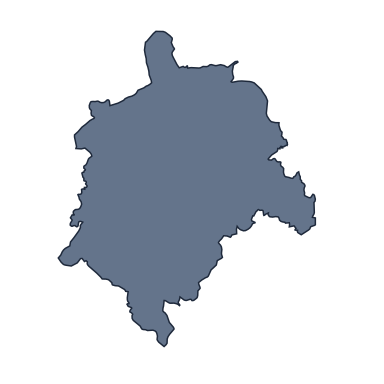 the district of Ha Hoa, Phú Thọ, Vietnam, rotated 96°
{"feature_id": "81297802B43584820413656", "entity_name": "Ha Hoa", "entity_type": "district", "adm_level": 2, "iso_a3": "VNM", "parent_name": "Vietnam", "parent_adm1": "Phú Thọ", "projection": "orthographic", "projection_center": [105.009, 21.586], "detail": "fine", "context": "isolated", "style": "filled", "palette": "slate", "viewbox_px": 384, "rotation_deg": 96, "n_neighbors": 0, "source": "geoboundaries", "source_scale": "gbopen_adm2", "svg_char_len": 6033}
<svg xmlns="http://www.w3.org/2000/svg" viewBox="0 0 384 384"><g transform="rotate(96 192 192)"><path d="M271.6,318.1L275.5,314.8L277.4,312.4L277.8,311.2L278.0,309.5L278.2,304.3L274.5,298.7L270.2,296.1L269.8,295.6L269.6,294.3L272.4,291.7L271.4,290.2L272.3,288.8L274.4,288.7L275.4,288.1L276.7,286.7L282.5,278.4L286.1,273.9L287.9,272.2L287.6,268.7L287.9,265.9L290.6,262.2L291.7,262.0L292.7,261.4L293.2,258.6L293.1,255.4L293.3,254.8L296.0,248.9L297.1,247.9L297.7,247.6L297.8,245.1L303.9,245.3L306.1,245.0L307.3,244.5L308.9,243.1L309.6,243.0L309.8,244.2L310.4,244.9L312.4,243.5L313.3,240.1L313.8,239.8L316.2,241.2L317.7,241.3L318.5,239.5L319.7,238.2L321.3,238.7L324.0,238.3L325.8,237.0L330.8,229.5L333.0,228.0L333.7,227.2L333.9,225.9L333.8,223.9L334.4,221.7L333.5,216.4L334.0,214.4L334.8,213.1L336.3,212.2L338.9,211.3L342.3,211.3L343.1,210.9L344.8,209.4L348.6,203.6L346.7,201.9L345.0,201.0L340.8,201.3L338.3,200.7L335.7,199.3L330.3,195.6L329.5,195.7L328.3,196.5L324.1,200.9L317.4,204.0L315.1,206.1L314.3,207.5L313.4,208.5L312.6,208.7L310.2,208.7L308.5,208.4L302.8,208.4L302.8,207.2L304.5,203.6L304.9,202.3L304.4,198.3L304.7,196.0L305.2,194.2L306.3,192.6L305.8,192.3L305.4,192.5L304.0,193.9L303.4,194.1L302.7,194.1L300.3,193.2L297.6,193.0L300.2,188.6L300.5,187.2L300.4,186.1L298.9,182.7L298.9,181.7L300.0,180.7L299.9,179.7L299.4,178.7L297.0,176.2L296.0,175.7L294.2,175.5L289.7,175.8L287.2,174.0L286.7,173.9L285.5,174.3L283.0,175.6L281.4,176.0L278.5,173.1L275.9,169.7L274.9,167.8L273.9,167.0L267.5,164.9L262.1,160.2L257.6,159.7L254.8,155.7L253.8,154.9L250.9,156.1L249.6,156.3L246.1,156.3L243.6,157.0L242.0,158.0L240.0,160.2L239.3,160.4L237.7,159.5L235.5,157.7L232.2,155.9L232.1,152.5L233.0,149.2L232.3,148.5L230.8,148.0L230.3,147.2L228.9,143.2L224.3,143.9L221.4,143.5L223.2,141.8L224.4,140.0L225.2,136.8L224.8,134.8L223.2,132.4L221.5,130.6L219.4,129.3L217.2,128.5L216.0,126.1L215.6,126.2L214.4,129.6L213.0,130.0L209.4,129.1L209.4,128.1L204.7,126.2L204.0,125.4L202.8,124.6L202.5,124.0L203.2,122.6L202.8,120.8L202.9,119.8L203.4,119.3L207.2,118.4L207.8,118.1L207.6,117.6L206.1,116.0L204.9,113.9L206.0,114.1L206.6,113.9L208.3,112.5L208.5,111.8L208.5,109.2L207.7,106.2L207.7,103.8L208.9,102.7L210.8,102.0L211.9,100.5L212.3,98.7L212.4,96.4L213.2,95.8L212.4,92.0L213.9,91.6L216.5,91.6L215.0,87.0L217.3,84.8L218.7,85.6L219.1,85.5L219.1,83.0L220.3,83.1L221.3,82.5L223.1,78.9L217.7,72.2L216.4,71.0L214.5,70.5L214.0,70.1L212.3,66.5L211.7,65.9L204.9,66.6L204.6,69.6L203.1,69.3L201.1,68.4L199.6,68.2L189.6,69.6L188.3,68.7L186.2,68.6L182.6,69.9L181.8,70.7L181.7,71.6L185.0,73.3L185.4,74.1L185.3,75.5L183.9,79.4L183.1,79.9L181.1,79.9L178.3,80.9L176.0,80.8L174.7,80.3L173.5,80.4L172.0,81.6L170.9,84.0L169.4,84.2L168.1,85.6L165.3,86.0L164.0,86.9L160.8,88.0L161.9,89.5L164.8,90.6L165.7,91.4L166.3,92.4L167.1,92.6L167.9,93.3L167.9,95.0L167.4,96.9L167.0,100.7L166.5,101.4L164.6,102.5L162.7,103.1L159.1,103.3L157.9,104.4L157.1,105.9L156.0,106.7L154.6,106.9L153.7,106.6L153.0,106.9L152.8,107.7L153.1,109.0L152.9,110.5L152.3,111.3L150.4,112.8L150.1,113.7L150.4,114.6L152.0,116.3L152.0,119.0L151.6,119.6L151.0,119.6L146.9,116.7L142.8,111.7L141.3,111.2L139.8,111.3L139.9,109.2L138.9,109.4L138.7,107.0L137.4,108.3L137.3,107.9L137.7,105.8L137.4,105.3L136.8,105.0L136.6,104.2L135.7,103.2L135.8,102.3L134.5,102.0L133.5,102.5L132.8,102.4L132.0,103.1L130.9,103.4L130.0,104.0L129.9,106.4L128.7,107.0L126.9,108.9L125.6,108.7L123.1,108.7L121.7,110.3L119.6,111.3L116.4,112.6L114.0,112.7L114.3,116.4L113.8,120.5L112.3,122.4L108.5,125.4L106.0,126.3L93.5,126.4L89.5,128.5L84.5,132.7L82.8,133.8L77.0,141.5L76.3,144.2L76.1,146.3L76.4,154.2L77.0,157.8L78.6,163.1L78.5,164.3L78.2,164.7L74.8,162.7L73.3,162.7L70.9,163.8L67.6,164.5L63.0,164.1L62.2,164.4L60.4,163.1L59.2,161.2L58.0,159.9L57.3,160.4L57.8,162.6L63.9,169.0L64.2,169.8L63.8,171.3L62.9,173.0L62.4,176.9L63.8,181.0L63.9,182.2L63.3,186.0L63.6,187.4L65.3,189.3L65.8,190.6L66.0,194.1L67.7,196.8L68.0,198.2L68.4,205.9L69.2,209.2L68.8,209.6L67.4,209.6L67.1,209.8L67.2,210.2L68.5,211.3L68.8,211.9L68.8,212.5L68.0,213.9L69.8,217.7L66.8,220.3L60.9,224.2L58.4,225.8L56.5,226.4L55.1,226.3L51.6,224.4L50.5,225.1L49.6,226.0L45.6,228.2L42.3,227.6L41.0,227.8L38.9,230.3L36.0,235.1L35.4,237.4L36.0,244.7L38.5,247.0L47.0,252.8L47.9,253.9L55.8,254.1L60.1,252.9L64.1,251.5L68.3,250.8L72.4,248.9L76.5,247.5L80.1,246.8L85.3,244.2L87.6,243.6L88.9,244.7L90.7,246.9L91.5,248.6L93.5,250.8L96.4,256.3L99.5,257.7L100.5,258.5L101.5,259.6L103.0,261.9L104.2,265.1L105.7,267.5L106.1,268.2L108.0,269.6L111.3,274.7L114.7,282.6L110.3,283.7L109.4,284.4L109.1,285.2L109.5,286.2L111.3,287.7L112.2,289.0L112.6,291.0L112.4,292.9L111.6,294.4L111.5,295.5L112.2,297.8L112.3,299.9L112.6,301.4L112.9,302.0L113.8,302.5L116.6,303.2L118.8,302.9L119.9,302.4L121.5,300.6L124.2,300.6L126.2,300.0L126.9,298.9L127.3,297.7L128.4,296.8L129.2,297.3L130.1,298.9L131.7,301.0L135.9,304.9L139.0,308.2L143.9,311.6L147.5,314.8L149.6,314.6L158.8,311.6L160.9,312.0L160.7,306.6L159.5,303.1L163.2,297.6L164.8,296.2L166.4,295.5L166.9,295.4L169.2,297.9L170.2,298.5L174.0,299.4L175.9,300.2L177.7,302.2L179.5,302.1L180.9,300.4L181.4,300.5L182.4,301.5L183.7,301.7L183.9,302.7L184.3,303.3L185.0,303.4L188.7,302.0L189.6,301.0L192.0,300.7L192.3,300.2L192.3,299.0L192.7,298.4L193.9,298.1L194.8,298.7L195.2,298.6L196.5,297.2L197.1,296.9L198.4,297.4L198.7,299.5L199.3,299.5L200.2,298.8L200.5,298.9L200.3,300.3L200.6,301.6L201.0,302.1L203.7,301.6L205.2,301.8L206.0,302.9L206.2,304.8L206.6,305.2L208.9,303.9L210.8,303.3L213.3,301.2L215.6,300.5L217.2,300.8L219.3,301.5L220.7,302.6L221.1,303.3L221.7,306.2L223.4,307.8L224.1,308.0L225.2,307.9L226.1,307.6L226.8,306.8L227.1,306.8L227.3,307.2L227.3,308.8L230.4,310.2L232.2,308.4L232.7,308.3L235.9,309.7L237.6,309.7L238.6,308.4L238.5,307.2L237.9,306.4L237.6,304.9L238.6,303.3L238.6,302.7L237.7,301.8L233.9,301.6L233.5,301.4L232.9,300.3L232.9,299.3L233.4,297.5L236.8,299.5L239.2,299.3L242.5,300.5L249.7,304.6L254.4,307.6L258.4,307.9L261.3,312.1L263.1,313.7L265.1,314.8L268.4,315.9L271.6,318.1Z" fill="#64748b" stroke="#1e293b" stroke-width="1.5"/></g></svg>